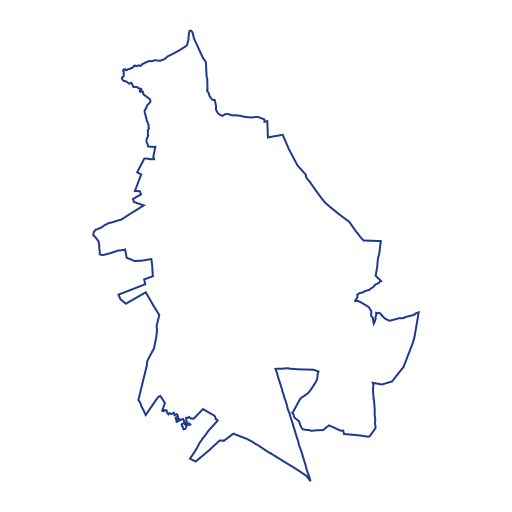 Solosuchiapa, Chiapas, Mexico (Mercator projection)
{"feature_id": "50627088B80636009912832", "entity_name": "Solosuchiapa", "entity_type": "district", "adm_level": 2, "iso_a3": "MEX", "parent_name": "Mexico", "parent_adm1": "Chiapas", "projection": "mercator", "projection_center": [-93.008, 17.395], "detail": "fine", "context": "isolated", "style": "outline", "palette": "blue", "viewbox_px": 512, "rotation_deg": 0, "n_neighbors": 0, "source": "geoboundaries", "source_scale": "gbopen_adm2", "svg_char_len": 5980}
<svg xmlns="http://www.w3.org/2000/svg" viewBox="0 0 512 512"><path d="M125.9,303.7L145.8,292.3L153.6,305.9L159.3,315.0L156.6,325.9L157.0,330.6L156.4,336.1L154.1,348.1L147.2,361.1L146.9,365.2L138.4,399.9L140.4,403.1L141.3,406.2L143.0,409.2L145.7,415.0L157.7,397.6L159.2,396.4L160.3,395.9L164.9,403.0L162.2,410.8L163.7,411.1L164.0,410.0L165.8,410.3L166.2,410.2L166.7,410.5L166.7,412.1L168.4,414.3L169.2,413.1L171.2,414.1L173.9,412.8L174.5,415.1L176.7,414.1L177.4,414.9L178.0,416.6L175.6,417.6L176.1,419.6L178.7,418.6L179.2,419.0L175.9,422.3L180.6,419.9L183.1,418.9L183.5,419.4L184.6,422.8L183.6,423.2L181.7,424.3L181.7,425.0L181.9,426.1L182.6,426.4L183.4,429.3L185.4,428.8L187.1,424.7L190.2,424.8L190.4,424.6L189.7,423.8L188.8,423.4L186.1,424.8L185.4,424.9L185.0,424.3L185.4,423.3L186.3,422.4L186.1,422.4L186.5,421.5L186.1,417.8L188.3,417.8L189.1,416.9L191.0,418.5L193.7,418.7L202.9,409.1L214.3,415.6L215.2,416.9L215.7,419.1L217.3,419.8L217.6,420.7L208.2,431.0L206.1,434.2L202.1,439.3L200.9,441.2L199.9,442.3L197.0,447.9L194.6,451.8L190.0,458.7L195.7,461.5L209.2,450.2L212.6,447.0L219.7,440.5L222.7,440.6L223.3,440.4L223.8,440.9L233.4,433.6L236.0,434.7L247.1,439.0L252.4,441.8L255.5,444.0L256.6,444.3L269.7,453.0L271.6,453.5L272.0,453.5L271.4,453.8L297.7,470.0L306.6,476.0L310.5,481.3L309.3,477.0L306.7,469.8L305.3,464.2L303.0,457.1L302.0,453.3L299.0,445.1L298.0,440.5L297.1,438.3L293.8,427.3L293.1,425.8L293.3,425.6L289.8,414.7L289.8,414.1L287.9,409.5L287.3,407.2L286.9,405.1L285.8,401.5L284.8,398.9L283.0,392.7L282.3,391.4L282.2,389.7L281.0,386.4L280.3,383.9L278.7,379.2L277.0,373.1L275.5,368.9L277.0,368.7L280.3,368.8L287.7,368.2L287.8,368.4L289.6,368.5L290.2,368.8L294.1,368.9L297.9,369.3L312.5,369.7L314.3,370.0L318.5,371.5L318.1,372.4L317.7,374.3L317.2,378.9L315.9,381.9L311.6,388.5L309.7,391.2L307.9,393.3L302.7,396.9L301.5,397.5L299.8,399.6L298.7,401.5L293.6,411.0L292.2,412.8L293.5,414.2L293.9,416.3L294.6,417.7L299.1,421.4L300.3,425.3L301.9,428.3L302.8,429.3L307.2,430.0L309.3,430.0L311.3,430.9L313.3,430.6L317.7,430.2L323.2,430.1L325.9,427.7L329.0,425.4L340.8,430.7L343.2,430.6L344.0,434.0L360.4,435.5L368.0,436.7L369.7,436.3L375.5,428.1L375.4,425.8L374.9,423.0L375.3,420.4L374.6,414.0L374.7,408.3L374.4,405.8L374.0,399.9L373.6,399.4L373.6,397.2L373.1,392.8L373.1,390.7L372.9,389.5L373.1,388.2L373.4,384.3L372.8,382.8L381.9,384.5L392.0,381.5L403.2,367.3L403.4,367.3L412.7,343.2L413.9,339.3L414.6,336.3L418.7,312.3L415.9,313.3L414.7,314.5L414.4,314.3L413.1,315.1L405.7,317.0L404.2,317.6L404.2,317.9L401.2,318.4L399.8,317.9L399.3,318.2L389.5,320.8L386.8,319.5L385.7,319.1L382.2,316.0L382.4,315.8L379.6,313.0L379.0,312.8L378.3,312.8L377.4,313.3L376.2,312.9L376.2,314.7L375.4,317.6L375.7,318.5L374.5,322.2L373.8,323.6L373.4,321.8L372.9,318.1L371.9,316.9L371.1,315.5L371.0,314.7L371.3,313.4L371.3,311.2L368.9,307.3L367.1,306.0L360.0,301.8L357.7,301.0L356.8,300.9L355.3,301.1L355.2,300.5L356.3,299.1L357.3,297.2L357.5,296.3L357.2,294.8L358.3,293.9L360.2,292.9L362.7,292.5L363.4,291.9L364.5,291.4L367.8,290.2L369.1,290.0L370.8,288.5L371.9,288.0L374.2,286.2L374.9,284.8L377.4,283.7L378.3,283.1L379.2,282.7L379.9,281.5L381.1,281.1L375.6,275.7L377.2,267.2L377.6,261.8L378.2,257.1L379.1,254.7L380.8,241.1L363.6,240.5L360.3,237.0L357.7,233.4L356.5,232.1L349.2,221.8L339.4,214.5L330.1,207.0L325.1,202.6L321.7,198.5L315.2,189.6L310.6,183.0L310.4,182.4L307.3,179.0L305.8,176.3L305.9,174.8L297.6,165.6L288.8,149.0L282.7,134.8L267.9,137.4L267.3,121.1L264.4,121.8L264.4,119.4L258.6,117.2L256.5,116.9L251.6,117.5L245.3,117.0L239.9,115.7L235.5,115.3L231.9,115.3L228.0,114.0L225.3,114.1L222.4,115.9L220.2,115.0L217.7,112.9L216.0,109.8L216.0,106.3L215.3,102.4L214.7,100.0L212.5,99.8L211.0,98.2L209.5,95.9L208.6,92.8L207.0,90.7L207.0,89.9L207.5,89.5L207.2,78.6L206.6,76.4L205.9,62.1L203.0,58.0L199.9,51.4L197.0,44.9L193.9,38.4L192.9,33.7L192.1,31.7L191.2,30.7L189.7,30.8L189.0,32.7L188.6,36.7L188.4,40.3L187.5,43.0L187.0,45.3L185.1,46.7L178.7,50.7L172.8,53.9L168.0,56.2L164.5,59.1L160.0,60.8L154.7,60.2L152.2,61.2L151.1,61.2L149.4,60.9L147.2,62.0L146.2,62.1L144.1,63.4L142.8,63.8L142.1,64.3L141.8,64.9L140.7,65.8L140.1,66.0L138.8,65.3L137.8,65.8L137.0,66.0L135.3,66.1L135.3,65.7L134.1,65.7L133.2,66.8L132.9,67.5L132.2,67.9L131.5,67.9L131.0,68.1L130.9,68.4L130.4,68.8L128.2,69.1L127.2,70.0L126.1,70.2L125.8,70.1L125.2,69.3L125.0,69.6L123.8,69.5L123.2,70.0L123.2,70.8L123.5,71.2L123.9,71.9L123.5,74.1L123.7,74.7L123.7,76.3L121.9,77.7L121.9,78.5L123.1,80.4L123.6,80.9L125.5,81.2L127.1,82.1L129.1,83.7L129.5,83.7L130.6,82.9L131.2,82.8L131.6,83.1L132.3,84.5L133.3,86.9L134.1,86.8L135.3,87.0L136.9,87.0L137.6,87.3L138.0,87.9L139.5,88.5L141.2,88.9L141.3,89.5L141.0,89.8L140.2,90.1L139.7,90.6L139.8,91.4L140.0,91.7L140.7,91.9L141.5,91.3L142.0,91.1L142.3,91.2L143.0,92.1L143.0,93.1L143.3,93.9L143.7,94.1L143.9,94.8L145.1,95.7L146.5,96.5L147.1,97.2L148.3,97.9L149.8,99.2L150.2,99.7L150.4,101.8L147.3,105.3L146.6,106.6L146.4,107.6L145.7,109.1L144.9,109.8L144.6,111.4L144.8,113.0L145.8,116.3L145.9,117.3L146.4,118.1L146.6,120.2L146.9,121.0L147.8,122.3L147.9,123.8L148.4,124.5L148.7,125.4L148.5,127.4L148.8,128.4L148.8,129.0L148.1,129.7L147.7,130.7L147.9,131.5L147.8,134.4L148.2,135.5L146.4,140.1L146.5,142.0L147.5,143.9L148.1,146.5L152.6,146.9L155.3,146.8L154.3,151.8L153.3,156.5L154.1,159.2L150.1,159.2L146.6,158.5L144.3,158.6L137.1,172.3L141.2,174.5L134.9,191.0L139.8,191.2L141.0,194.4L132.9,199.0L134.0,202.0L143.8,205.4L129.6,214.2L121.8,219.3L121.6,219.5L119.6,220.0L112.3,222.3L110.8,222.7L108.9,222.9L106.4,224.4L105.0,224.9L100.9,227.8L99.5,228.2L97.2,229.3L95.8,229.6L93.8,231.9L93.3,235.3L94.9,236.7L96.6,238.7L98.8,241.9L98.8,243.5L99.2,245.2L99.3,248.8L99.7,251.0L99.7,254.1L99.8,254.3L100.1,254.5L103.0,255.1L111.3,252.9L118.3,250.4L120.0,250.5L123.0,249.9L123.5,250.0L125.1,249.5L126.7,257.8L132.0,259.9L134.4,261.0L141.5,260.7L151.4,259.1L152.3,266.8L152.4,270.4L152.9,276.2L144.2,279.4L145.2,284.3L118.5,294.6L120.4,299.2L125.9,303.7Z" fill="none" stroke="#1e3a8a" stroke-width="2"/></svg>